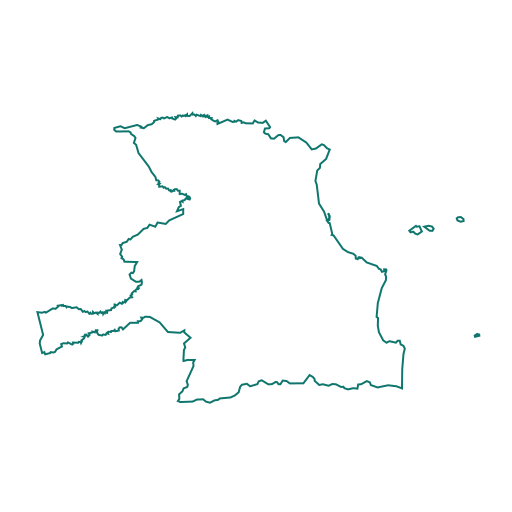 outline of Klaeng, Rayong, Thailand, rotated 268°
{"feature_id": "78962969B40888142267385", "entity_name": "Klaeng", "entity_type": "district", "adm_level": 2, "iso_a3": "THA", "parent_name": "Thailand", "parent_adm1": "Rayong", "projection": "natural_earth1", "projection_center": [101.666, 12.768], "detail": "fine", "context": "isolated", "style": "outline", "palette": "teal", "viewbox_px": 512, "rotation_deg": 268, "n_neighbors": 0, "source": "geoboundaries", "source_scale": "gbopen_adm2", "svg_char_len": 6092}
<svg xmlns="http://www.w3.org/2000/svg" viewBox="0 0 512 512"><g transform="rotate(268 256 256)"><path d="M382.3,135.4L380.0,138.6L378.1,139.7L373.3,137.9L371.3,140.1L362.9,142.2L349.1,152.0L343.3,154.7L338.6,158.2L335.1,159.0L335.0,160.9L333.7,162.0L332.7,161.3L331.8,162.3L331.1,160.7L330.5,161.7L328.6,161.7L328.9,165.0L327.5,166.0L328.0,167.3L326.4,168.6L326.5,170.4L324.7,171.4L324.8,172.9L323.6,172.9L323.2,174.0L324.1,174.7L324.0,176.5L325.1,176.3L325.6,177.3L325.5,179.2L324.0,180.2L323.9,182.0L320.6,181.9L320.8,184.3L319.5,187.0L320.2,188.2L318.4,188.7L318.1,190.0L316.8,189.1L317.3,191.6L315.6,192.2L314.8,191.6L316.0,187.8L314.3,186.6L314.0,184.5L312.7,184.5L313.4,183.4L312.7,181.9L308.8,182.7L307.5,180.5L303.5,178.6L305.4,184.9L300.5,184.7L294.6,170.5L291.2,166.9L292.9,158.8L288.8,156.4L291.0,150.7L287.9,148.4L287.0,144.6L281.5,138.6L279.5,133.5L276.9,131.1L277.5,129.4L274.7,127.3L273.6,123.2L271.7,122.0L271.7,120.5L267.0,122.1L262.7,120.3L260.0,122.2L258.6,121.5L257.2,123.6L254.9,124.3L254.1,137.0L250.3,134.5L244.9,133.6L243.2,132.3L243.7,130.9L242.0,129.0L237.8,130.2L234.4,135.2L234.4,138.6L236.0,140.7L233.8,141.1L231.3,140.5L229.9,137.1L228.5,136.4L227.9,137.8L227.0,137.1L226.9,135.3L225.8,134.1L224.9,134.4L225.0,132.7L222.9,130.5L221.8,130.9L221.0,129.4L219.1,130.6L218.9,128.4L216.2,125.4L216.7,123.8L215.0,123.4L215.9,124.2L215.2,124.6L214.2,123.8L214.9,123.1L213.9,121.7L214.5,121.1L212.9,120.3L214.1,118.2L211.6,115.3L212.1,113.1L210.2,113.5L209.8,113.0L211.1,112.9L209.5,112.1L208.7,109.7L207.0,109.3L206.7,105.5L205.5,105.3L205.9,104.6L204.5,104.9L205.1,103.0L204.0,102.8L204.5,101.8L203.4,101.2L205.1,100.8L204.5,99.4L205.9,98.6L204.7,97.5L205.0,95.7L203.6,95.7L205.0,93.9L204.5,92.4L205.7,91.2L204.1,91.1L204.0,89.2L205.1,88.5L204.1,87.4L206.4,85.6L205.9,83.8L207.0,82.6L206.3,81.0L209.1,79.0L209.0,77.2L211.0,74.9L210.4,70.1L211.5,68.5L212.1,65.0L211.6,64.8L212.7,64.0L212.7,62.0L213.7,61.5L213.0,60.4L213.7,60.1L213.2,56.2L212.4,56.5L210.2,53.8L210.7,51.1L206.7,44.0L207.5,43.1L206.8,39.9L207.5,35.6L184.6,40.5L179.0,37.2L176.1,36.8L166.5,38.9L167.3,41.1L165.1,41.9L166.2,46.9L167.1,47.5L166.6,50.0L167.3,51.9L169.7,53.4L172.3,58.9L174.7,58.2L175.5,60.3L175.2,64.2L176.2,65.0L173.9,69.2L174.7,70.3L175.9,70.1L175.5,75.3L176.4,76.0L176.0,77.8L175.1,78.1L177.0,79.1L177.8,78.6L179.6,81.3L181.4,82.0L181.6,80.9L182.6,83.2L183.3,82.7L183.4,83.7L181.3,85.3L182.9,86.9L184.6,86.1L185.3,89.7L186.2,89.8L185.3,92.3L187.4,93.3L187.3,94.9L185.1,94.4L182.7,95.9L181.9,99.5L182.9,100.4L182.4,103.0L184.0,103.9L183.5,105.5L184.9,105.0L185.5,105.9L185.1,108.4L186.1,108.8L186.1,111.1L187.1,112.2L185.7,112.7L186.3,116.3L188.2,116.2L189.4,117.3L189.4,119.1L187.3,120.5L193.6,127.8L193.4,135.7L194.9,135.6L194.9,138.3L196.6,140.0L198.4,139.2L198.1,141.1L199.2,143.2L198.8,147.8L193.0,157.4L183.1,165.3L181.9,177.6L184.2,181.8L182.1,181.7L176.6,187.7L171.1,181.0L167.0,182.1L164.6,180.7L154.4,179.8L153.6,179.9L154.5,183.9L154.2,191.0L151.8,189.5L148.2,189.7L133.3,182.3L129.7,183.4L127.5,182.7L126.2,179.0L123.3,177.7L120.4,174.3L115.9,174.4L113.8,172.9L112.7,175.2L112.7,187.5L114.6,191.9L114.6,198.2L112.2,200.9L111.0,204.9L113.2,209.6L113.5,213.0L114.9,214.9L115.5,225.5L117.3,229.9L120.4,233.9L125.8,235.6L127.8,237.4L128.6,242.4L126.0,245.6L127.9,252.9L130.6,254.3L131.6,257.3L127.3,263.9L127.4,267.5L129.5,271.4L129.1,272.7L127.1,274.0L127.0,275.9L130.6,278.4L129.9,282.3L127.5,285.3L127.1,298.9L135.1,305.4L133.1,308.6L131.1,310.2L129.2,310.3L124.9,314.7L125.5,318.3L123.8,324.0L125.4,327.8L125.0,331.4L122.1,336.5L122.3,338.8L120.8,339.7L119.5,343.4L120.5,348.4L119.9,352.7L124.0,353.6L124.2,356.6L127.1,362.4L125.7,365.4L123.0,366.3L120.4,372.9L122.2,383.5L120.9,391.8L118.6,397.3L137.9,398.2L153.1,400.0L158.2,401.5L161.1,400.2L162.6,397.5L166.3,396.7L166.4,394.6L164.5,392.8L166.2,386.4L164.8,383.4L167.2,380.2L175.5,376.2L182.1,375.3L189.8,375.8L190.9,374.4L204.7,376.1L219.4,380.5L227.4,385.0L230.9,385.3L233.0,384.4L237.4,385.9L238.1,385.5L238.2,383.6L236.4,383.7L235.8,381.3L238.3,380.1L238.9,378.4L241.8,376.4L245.7,366.4L250.7,361.5L250.2,359.9L251.2,359.6L251.1,358.4L249.3,357.5L250.0,355.6L252.7,355.6L254.8,353.4L256.7,348.0L260.1,343.1L273.8,334.3L274.4,332.4L275.3,333.0L286.3,330.8L286.5,329.7L288.8,328.2L289.5,330.6L293.1,331.1L295.3,330.3L296.0,329.1L294.9,330.3L291.8,330.6L289.7,329.6L289.1,328.3L297.9,325.6L306.2,320.8L325.0,319.2L329.0,318.0L339.3,320.2L341.9,323.0L345.7,323.4L350.5,329.4L359.8,333.4L361.2,330.7L364.5,327.7L365.3,325.6L361.3,319.6L360.6,315.4L367.6,310.3L373.1,302.5L372.8,294.0L368.8,289.7L369.8,288.2L373.7,287.7L376.1,284.8L376.0,282.5L372.6,278.1L373.0,275.0L377.2,272.6L377.9,269.7L379.4,268.2L383.1,269.4L383.2,273.7L384.3,274.6L390.9,270.5L388.8,267.4L389.3,262.7L391.5,259.3L388.6,257.4L389.0,250.3L390.0,248.4L389.5,246.3L391.4,246.1L392.4,242.9L390.9,240.7L391.8,239.1L390.8,238.6L390.8,237.3L393.3,232.3L389.3,222.1L390.2,222.0L390.7,223.3L393.0,222.3L391.9,220.0L392.6,218.4L394.2,216.1L395.4,216.5L395.5,213.9L397.2,214.0L396.7,212.3L398.1,212.3L396.9,210.5L397.9,210.4L397.4,208.4L398.6,208.7L398.0,207.2L398.9,205.9L397.7,205.5L399.3,201.6L398.0,200.7L399.5,199.4L399.5,197.8L401.0,197.5L398.3,194.7L398.4,192.0L399.9,192.0L398.4,190.4L399.1,190.0L398.5,188.7L399.0,187.8L398.0,186.6L399.1,185.4L399.0,182.8L397.4,182.6L397.6,180.4L396.3,181.1L395.2,179.9L396.3,177.2L397.4,176.9L396.6,174.3L398.0,172.1L396.7,168.8L397.6,167.5L397.4,166.1L396.1,165.2L396.8,163.3L396.1,163.7L394.6,158.9L393.2,158.7L391.3,156.3L390.6,152.5L387.6,148.3L388.4,145.3L389.3,145.8L391.1,141.8L388.3,129.3L390.4,125.0L388.9,118.9L387.1,118.7L385.3,120.6L385.0,133.2L383.9,134.9L382.3,135.4ZM274.7,422.6L280.0,420.4L279.7,417.6L280.5,416.9L275.9,410.1L274.3,411.2L274.8,414.1L272.8,415.9L271.9,418.3L274.7,422.6ZM277.1,434.5L279.3,432.9L280.2,429.6L279.4,425.2L275.2,430.4L275.0,433.2L277.1,434.5ZM285.7,464.6L287.8,462.0L287.6,459.1L286.6,457.9L284.5,458.6L283.1,461.7L283.7,464.7L285.7,464.6ZM169.7,476.3L170.4,474.3L168.8,471.8L167.6,472.1L168.5,476.4L169.7,476.3Z" fill="none" stroke="#0f766e" stroke-width="2"/></g></svg>